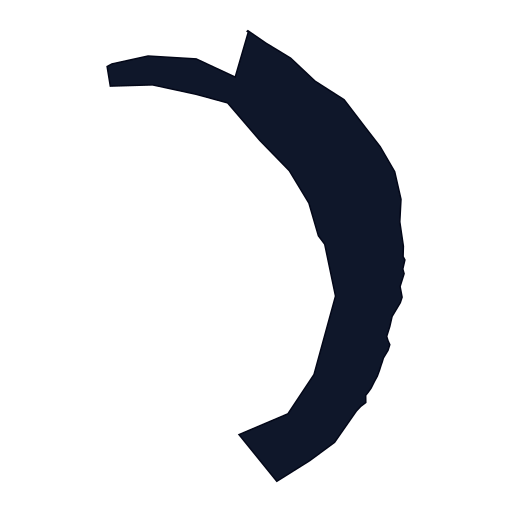 Niuafo'ou, Tonga
{"feature_id": "48082658B75580171821310", "entity_name": "Niuafo'ou", "entity_type": "district", "adm_level": 2, "iso_a3": "TON", "parent_name": "Tonga", "parent_adm1": "", "projection": "orthographic", "projection_center": [-175.613, -15.598], "detail": "fine", "context": "isolated", "style": "filled", "palette": "ink", "viewbox_px": 512, "rotation_deg": 0, "n_neighbors": 0, "source": "geoboundaries", "source_scale": "gbopen_adm2", "svg_char_len": 893}
<svg xmlns="http://www.w3.org/2000/svg" viewBox="0 0 512 512"><path d="M334.6,442.3L356.4,411.0L360.7,406.4L365.8,402.5L365.7,395.3L368.2,392.2L371.1,388.1L374.4,381.5L377.3,376.2L379.5,370.2L381.2,364.8L382.2,362.0L383.4,358.0L385.5,354.5L388.0,350.4L389.8,344.7L388.0,340.7L386.7,336.4L389.8,326.5L392.1,316.4L400.3,302.7L402.1,297.2L400.1,286.5L404.1,273.7L402.8,269.0L404.9,259.9L403.1,256.6L403.4,246.3L399.8,221.8L401.0,199.3L394.7,171.7L380.2,146.7L364.9,126.9L344.1,99.7L315.0,81.1L290.6,58.1L265.9,43.1L247.9,30.7L247.2,31.3L248.3,32.1L235.2,77.1L196.2,58.9L174.4,57.6L148.0,56.0L146.7,56.3L112.0,63.9L107.1,66.5L110.3,86.1L144.4,85.1L152.6,84.9L173.0,89.3L196.1,94.3L227.6,102.9L259.8,140.4L289.3,170.7L308.9,203.1L318.4,235.8L324.7,244.2L335.5,296.1L314.0,374.5L287.9,413.8L239.0,434.6L276.8,481.3L309.8,460.6L334.6,442.3Z" fill="#0f172a" stroke="#020617" stroke-width="1.5"/></svg>